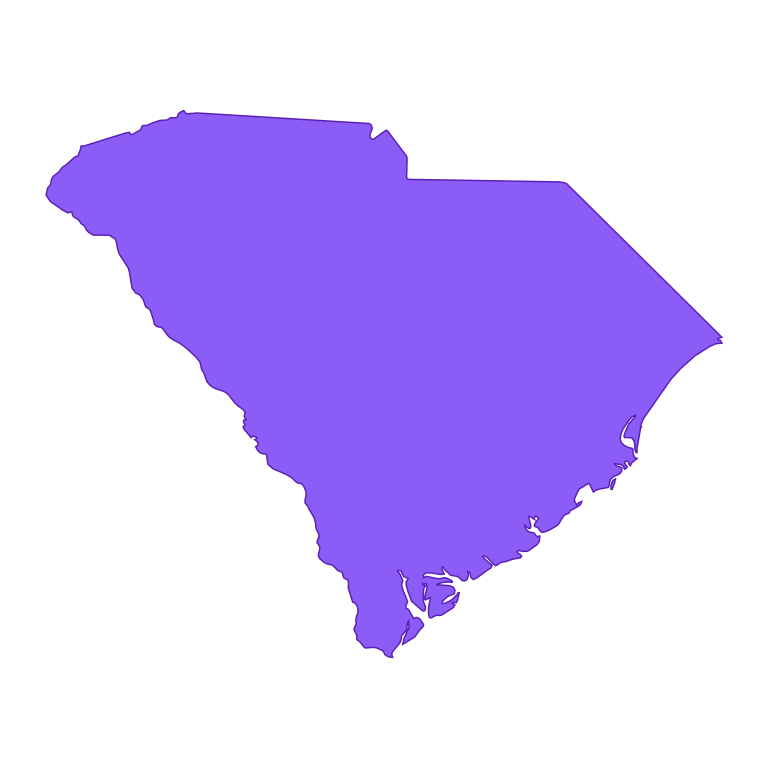 the State of South Carolina
{"feature_id": "USA-3545", "entity_name": "South Carolina", "entity_type": "State", "adm_level": 1, "iso_a3": "USA", "parent_name": "United States of America", "parent_adm1": "", "projection": "albers", "projection_center": [-80.855, 33.625], "detail": "fine", "context": "isolated", "style": "filled", "palette": "violet", "viewbox_px": 768, "rotation_deg": 0, "n_neighbors": 0, "source": "natural_earth", "source_scale": "10m", "svg_char_len": 6105}
<svg xmlns="http://www.w3.org/2000/svg" viewBox="0 0 768 768"><path d="M721.8,337.2L718.0,338.5L718.0,339.6L720.5,340.5L721.9,343.2L716.0,343.7L710.1,346.2L695.2,355.6L680.6,368.6L670.8,379.4L643.6,418.4L640.5,425.6L641.5,426.7L640.5,428.6L637.0,448.6L637.0,452.6L636.1,452.6L635.0,450.2L634.7,444.0L634.0,440.9L632.4,438.5L630.5,437.6L624.6,437.6L624.0,435.8L625.3,431.9L628.8,423.9L635.5,416.2L635.5,415.1L632.3,416.7L629.5,419.5L623.2,428.7L621.7,432.1L620.6,435.8L620.2,439.4L621.4,442.6L624.2,445.4L627.6,447.2L632.5,448.5L633.0,449.9L632.8,451.9L633.2,453.8L634.3,456.9L635.1,457.8L637.1,458.5L631.5,463.0L630.4,465.7L629.2,464.4L628.0,461.5L626.9,460.9L624.9,461.7L624.8,463.3L625.8,465.2L627.4,466.8L626.1,468.4L624.5,469.2L623.5,466.3L620.9,464.6L614.7,463.6L616.2,465.8L619.4,466.6L622.0,467.9L621.6,471.5L619.5,473.9L613.2,476.8L610.5,479.4L609.5,482.4L609.3,485.2L608.3,487.4L598.2,489.3L595.5,490.5L593.4,492.0L589.2,483.6L586.6,484.4L582.1,487.4L580.0,488.4L578.2,490.7L574.6,498.4L574.4,500.4L575.2,502.4L576.9,505.1L577.7,503.7L578.8,502.7L581.7,501.5L580.7,504.1L579.6,505.4L572.6,509.5L570.3,510.4L569.3,512.8L568.6,513.4L564.8,514.8L562.0,518.2L559.8,522.2L557.5,525.3L549.7,529.9L545.4,531.7L542.2,532.4L540.6,531.5L537.8,527.5L535.2,526.6L534.2,525.4L535.4,522.7L538.6,518.3L536.1,516.0L535.1,516.6L534.5,517.7L534.4,518.9L534.6,519.5L529.5,516.2L528.7,516.7L529.1,519.1L530.4,523.4L530.8,526.1L530.2,528.3L528.8,528.5L524.8,525.6L525.4,528.0L526.9,530.3L529.0,531.9L534.1,533.0L536.2,535.8L538.2,537.1L538.7,537.0L538.8,536.0L539.8,536.0L539.4,541.1L537.1,544.6L528.7,550.6L527.3,551.3L523.6,551.4L518.5,550.6L517.2,551.5L517.2,552.5L520.6,554.7L521.6,556.5L520.2,557.8L512.6,559.2L506.0,561.5L502.9,562.0L499.5,563.1L497.5,565.0L495.5,565.6L492.1,562.7L487.5,557.8L484.8,556.0L482.6,556.4L484.4,558.6L491.1,564.6L492.0,564.9L492.1,565.2L491.6,566.7L490.6,568.2L487.7,569.9L477.4,577.5L473.4,579.5L471.4,578.1L470.6,576.3L469.8,572.6L467.9,571.5L468.3,574.3L467.9,577.4L466.6,580.0L464.5,581.0L462.1,580.5L459.4,577.7L457.2,576.4L450.7,575.2L445.4,570.4L444.3,569.1L443.2,567.0L442.2,567.0L442.1,569.0L442.6,570.8L444.2,574.1L440.6,574.5L430.4,572.9L425.9,572.9L424.5,573.8L423.3,575.4L423.4,577.7L426.0,576.3L438.8,578.8L444.7,577.7L446.7,578.1L452.2,581.0L452.2,582.3L448.2,582.0L444.0,582.3L439.8,583.2L436.4,584.7L449.7,585.7L453.4,587.2L455.0,590.4L454.3,593.7L448.1,596.3L444.7,599.0L442.2,601.8L442.3,603.5L445.0,603.2L448.9,601.5L452.4,599.3L457.5,594.2L458.1,592.7L459.2,592.7L457.6,600.2L456.1,602.9L453.3,602.2L453.4,603.1L452.2,603.5L454.9,605.1L453.3,607.6L441.4,615.2L439.8,615.5L436.5,615.2L430.9,618.0L429.3,617.3L428.5,612.8L428.5,608.3L430.4,597.6L425.3,599.9L424.5,599.0L427.2,586.7L426.3,583.7L422.5,583.5L423.1,585.1L424.5,584.7L424.6,585.3L425.5,585.8L424.1,587.8L423.5,590.1L423.4,601.7L425.2,605.8L425.5,607.6L424.9,610.7L423.3,611.1L421.4,609.9L411.6,601.2L408.0,591.7L406.3,585.4L406.1,581.8L408.1,578.8L407.8,577.9L406.0,577.7L403.7,576.5L402.4,574.3L401.7,572.0L400.5,570.5L397.8,570.6L397.8,571.7L399.5,573.2L402.7,580.0L402.7,581.1L401.5,585.0L403.4,591.2L406.1,597.5L407.5,601.7L405.9,605.9L405.9,608.2L408.1,609.3L409.2,610.6L413.7,618.6L416.3,617.4L418.4,617.9L420.2,619.4L423.5,624.4L423.4,626.2L419.5,630.3L414.8,636.9L402.7,644.4L404.1,638.2L409.0,627.5L408.6,621.1L407.5,622.6L406.7,629.2L405.6,631.1L401.6,635.7L401.1,640.0L399.7,643.1L393.0,651.1L392.0,652.9L391.8,654.9L392.6,657.3L389.6,657.1L387.0,656.1L384.8,654.4L383.8,652.1L382.8,650.8L377.0,648.0L373.8,647.3L365.4,648.0L364.2,647.2L360.0,642.0L357.0,639.7L356.6,638.5L357.1,636.3L354.1,629.7L354.4,627.8L356.1,623.9L355.9,619.4L356.6,615.9L357.7,613.6L358.0,611.6L357.7,607.9L356.6,605.0L354.8,602.9L352.7,602.2L348.3,588.2L348.5,582.8L347.9,580.0L343.9,578.0L343.2,576.3L342.4,572.8L341.6,572.2L338.4,570.5L337.9,570.6L332.8,565.4L331.5,564.8L327.1,563.9L324.2,562.4L319.8,558.7L318.4,555.9L318.6,553.4L319.4,550.8L319.8,547.5L318.9,545.0L317.0,542.6L317.9,538.8L318.8,537.6L319.0,535.3L318.1,532.6L316.7,530.2L315.9,527.5L315.4,522.3L314.0,517.6L306.7,504.7L305.1,503.2L305.1,499.9L306.3,494.1L305.8,491.2L304.5,487.7L302.7,484.8L300.9,483.5L297.8,483.0L295.7,481.6L291.6,477.6L285.8,474.2L273.2,468.9L268.2,464.6L267.5,462.2L266.7,455.4L265.8,453.9L262.6,453.7L260.0,452.7L257.8,450.6L255.6,446.7L257.7,445.4L258.1,443.6L257.2,441.6L254.7,439.7L256.7,438.7L256.7,437.5L254.0,436.3L252.4,436.0L251.2,437.7L244.0,429.2L243.1,426.7L245.1,425.6L243.4,421.4L243.8,420.1L246.1,419.8L244.1,416.2L245.2,412.6L243.2,409.6L237.5,405.5L234.6,402.7L228.7,395.0L225.8,392.5L223.0,391.1L216.2,388.9L213.2,387.5L209.9,385.1L207.1,382.0L203.9,373.2L201.7,369.7L200.0,362.1L196.2,357.3L189.4,350.9L183.5,345.9L178.1,342.2L173.5,340.0L169.1,337.0L165.9,333.1L163.4,329.4L161.2,327.1L158.4,327.0L156.1,326.1L154.4,324.2L153.4,319.7L150.5,310.9L149.3,309.0L146.0,307.1L144.9,304.7L143.4,299.9L140.8,296.2L139.1,294.5L135.7,293.1L133.5,289.8L132.5,289.1L131.8,286.7L129.4,272.0L128.3,268.1L119.2,253.9L117.4,248.3L116.8,243.6L115.3,239.1L109.4,235.2L93.2,235.1L88.7,232.4L86.4,229.9L84.3,225.8L81.3,223.8L78.4,219.7L73.3,216.6L72.3,214.5L72.0,212.1L71.0,211.9L67.7,212.8L63.0,210.3L50.4,201.6L46.1,195.2L47.6,188.1L50.1,185.1L50.7,183.7L51.4,179.7L53.2,176.3L59.2,171.7L60.7,169.3L63.0,166.7L65.7,165.2L74.7,157.1L78.0,155.9L80.8,148.3L81.0,146.1L83.6,146.1L124.9,133.2L129.4,132.3L130.5,134.4L132.2,134.6L139.9,130.2L140.9,129.2L142.0,126.3L143.0,125.5L146.9,125.5L152.9,122.7L160.1,120.4L167.2,120.0L170.6,117.7L175.7,117.7L176.7,117.4L177.5,116.7L178.3,114.1L179.0,113.2L183.0,110.7L183.9,110.7L185.8,113.2L186.9,113.8L197.5,113.0L368.9,123.5L370.1,124.0L371.2,125.1L372.1,127.4L372.1,129.2L369.9,134.6L370.1,136.9L371.1,138.5L372.1,139.3L373.6,139.1L385.2,130.8L386.8,130.3L387.7,131.1L406.5,156.1L407.1,158.3L406.6,177.1L406.9,178.2L407.7,179.1L408.8,179.4L559.5,181.9L563.8,182.6L566.6,183.6L721.8,337.2ZM614.9,479.9L614.8,482.5L612.1,489.3L611.0,489.3L611.0,486.0L611.7,482.9L613.1,480.4L615.3,478.9L615.6,479.2L615.5,479.7L614.9,479.9Z" fill="#8b5cf6" stroke="#5b21b6" stroke-width="1.5"/></svg>